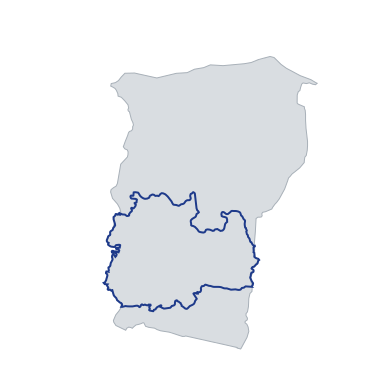 Northern highlighted on a map of Ghana, rotated 193°
{"feature_id": "GHA-2155", "entity_name": "Northern", "entity_type": "Region", "adm_level": 1, "iso_a3": "GHA", "parent_name": "Ghana", "parent_adm1": "", "projection": "albers", "projection_center": [-0.881, 9.332], "detail": "fine", "context": "in_parent", "style": "outline", "palette": "blue", "viewbox_px": 384, "rotation_deg": 193, "n_neighbors": 0, "source": "natural_earth", "source_scale": "10m", "svg_char_len": 8564}
<svg xmlns="http://www.w3.org/2000/svg" viewBox="0 0 384 384"><g transform="rotate(193 192 192)"><path d="M236.1,44.8L239.0,47.6L239.7,49.2L238.6,55.2L236.5,59.5L235.1,63.5L235.3,65.5L236.6,67.4L241.1,70.6L243.4,72.6L246.1,75.6L249.2,78.6L254.6,82.5L256.8,83.2L256.7,84.3L256.0,85.8L255.6,100.4L255.2,104.1L254.8,106.0L254.3,111.5L253.7,112.3L252.7,112.2L251.8,112.4L251.6,113.5L252.0,114.6L255.2,115.4L254.5,116.2L252.1,117.0L251.0,118.6L251.5,120.5L250.2,122.0L250.5,123.0L251.4,123.7L252.8,123.5L256.5,120.9L258.1,120.6L260.0,121.2L263.7,125.0L263.8,126.9L262.4,133.3L261.0,138.2L260.7,144.8L262.3,148.5L262.1,150.6L260.4,152.3L256.7,154.9L257.0,156.6L258.7,159.9L261.9,163.5L268.0,167.9L271.3,173.7L271.4,176.1L269.5,178.5L267.3,180.6L266.6,183.5L267.7,203.1L262.8,211.6L262.8,214.0L263.3,216.8L264.6,218.5L267.1,218.9L269.1,220.6L268.4,226.5L267.4,232.6L267.2,235.5L266.6,236.9L264.7,238.1L264.0,240.0L264.5,242.3L264.1,244.1L265.2,246.3L267.4,249.1L271.0,256.1L272.4,256.7L273.0,258.1L272.6,259.6L274.0,262.6L278.0,265.7L282.2,268.4L285.6,268.8L286.4,271.2L288.7,274.2L290.3,275.6L292.8,276.4L295.0,276.9L295.1,279.5L291.3,281.3L288.7,284.0L286.8,288.1L284.1,292.6L274.7,295.0L271.2,295.0L251.9,295.2L234.0,304.1L223.6,307.2L217.2,312.2L208.6,315.8L202.7,320.0L190.2,322.1L169.8,328.8L163.4,331.5L156.9,336.1L146.4,341.6L142.3,341.5L134.0,336.4L127.9,333.8L112.7,329.7L101.4,328.2L96.0,326.4L94.5,326.1L95.8,324.3L98.9,324.2L102.2,324.8L104.8,323.4L108.4,323.2L109.4,321.8L109.7,318.1L109.7,315.1L111.0,313.7L111.3,310.2L109.6,302.4L108.3,301.5L101.7,300.3L101.3,298.8L100.1,297.1L98.8,293.1L97.4,287.1L95.2,279.6L90.8,267.3L89.8,263.0L89.1,258.6L88.9,253.3L89.9,251.3L89.7,248.6L89.3,245.9L92.5,239.7L98.6,232.0L99.9,229.3L101.1,227.4L101.3,224.6L102.4,215.7L105.4,205.0L107.2,200.9L108.5,198.7L110.0,195.1L110.4,193.4L116.0,189.3L118.6,188.1L119.1,186.5L118.3,184.6L118.7,183.4L120.0,182.8L122.1,182.3L123.6,180.6L121.3,167.3L119.4,154.0L119.3,152.9L118.2,151.0L117.1,145.6L115.2,142.4L112.6,141.4L112.6,138.4L115.3,133.3L116.0,130.3L114.8,129.4L114.6,127.1L115.5,123.3L115.1,121.0L114.6,118.6L111.9,112.7L111.2,108.6L112.7,106.2L112.7,101.0L111.2,92.9L111.0,87.7L112.0,85.6L111.5,83.6L109.6,81.6L109.4,79.8L111.1,77.9L110.9,76.5L108.8,75.5L106.9,73.0L105.3,69.0L105.7,62.7L108.9,51.0L109.3,50.0L112.9,50.1L112.9,50.6L124.0,50.6L136.7,50.5L152.0,50.4L165.8,50.3L166.4,49.8L168.7,49.1L182.6,50.3L191.4,49.7L195.1,50.1L197.8,50.9L203.8,50.4L207.0,50.7L209.4,53.6L210.4,53.6L211.8,52.4L214.2,51.0L216.6,49.9L218.4,47.6L219.5,45.8L221.1,46.2L223.3,46.1L224.9,44.6L225.5,42.4L236.1,44.8Z" fill="#d9dde1" stroke="#a8b0b8" stroke-width="1"/><path d="M235.1,64.2L234.8,65.4L234.7,66.3L235.2,67.3L236.1,67.9L237.7,68.2L238.8,68.9L240.6,69.7L241.9,71.6L244.3,73.1L245.1,73.9L247.6,78.5L247.9,78.4L248.4,77.7L250.0,78.3L251.4,77.8L251.9,77.9L252.3,78.3L252.3,78.8L252.1,79.7L252.6,80.6L253.4,81.3L253.9,82.0L253.5,83.0L256.2,82.6L257.6,83.6L256.4,84.5L256.1,86.0L255.8,86.6L255.8,88.2L255.6,91.5L256.1,92.7L257.5,93.5L257.7,94.4L257.5,95.3L255.4,95.5L255.7,96.0L255.4,97.0L256.4,99.3L256.4,99.7L255.5,100.7L255.1,101.4L255.0,102.0L255.2,104.4L254.2,108.1L254.3,108.9L255.2,110.3L255.4,111.0L255.5,111.8L255.4,112.6L254.9,113.2L254.1,113.3L253.3,112.9L252.1,111.6L251.4,112.9L251.4,114.3L252.2,115.3L253.6,115.4L255.5,114.9L256.4,115.1L256.8,116.1L256.5,116.7L255.7,116.9L254.9,116.8L254.3,116.4L253.4,116.9L252.3,117.0L250.0,116.7L249.7,118.4L249.8,118.8L251.1,119.6L252.3,119.4L252.9,119.4L253.3,119.9L253.1,120.4L252.6,120.8L251.8,121.1L249.9,121.5L249.9,122.2L250.2,122.9L249.9,123.4L250.1,124.1L250.9,124.2L251.8,124.0L253.9,123.2L254.2,122.9L254.4,122.5L254.6,121.6L254.8,121.2L255.5,120.9L258.4,120.6L259.3,120.7L261.7,121.6L262.0,122.1L262.1,122.5L261.7,123.6L263.1,124.1L263.9,124.9L264.2,125.9L263.8,128.3L263.7,129.7L263.5,130.3L262.2,131.5L262.1,132.4L262.7,134.1L262.7,134.9L262.2,135.8L261.1,136.8L260.8,137.2L260.6,139.4L259.8,140.9L259.4,142.3L260.0,143.8L262.2,147.6L262.8,149.9L261.8,151.3L261.6,151.9L261.4,153.3L260.9,153.5L259.4,153.2L258.9,153.4L259.1,153.6L258.8,154.4L258.3,154.9L257.8,153.8L257.3,153.6L256.7,153.7L256.4,154.2L256.5,154.8L254.7,154.5L252.3,154.9L250.2,154.0L249.5,154.1L248.4,154.6L248.1,154.9L248.0,155.5L248.3,155.9L248.3,156.4L247.5,158.3L246.5,159.5L246.3,160.2L246.8,161.3L247.4,162.0L247.6,162.4L247.5,162.7L247.4,162.9L247.0,163.1L245.8,162.7L245.2,163.0L244.4,164.5L243.9,165.9L243.9,167.0L244.2,167.3L245.1,167.7L245.4,168.3L245.0,168.7L244.2,169.0L243.8,169.3L243.7,169.7L244.0,171.0L243.9,171.8L244.0,172.2L244.4,172.4L245.4,172.6L249.5,172.0L250.1,172.3L250.9,173.5L250.9,174.3L250.7,174.7L250.4,174.9L248.7,175.0L248.3,175.4L248.7,178.0L248.7,178.5L247.5,179.0L245.6,179.2L244.3,179.2L243.8,178.8L241.7,176.6L240.0,175.6L238.3,175.0L237.2,174.8L236.2,174.8L234.2,175.5L232.6,176.7L232.3,177.4L232.4,178.1L231.8,179.2L231.6,179.4L231.0,179.7L230.5,180.3L230.1,180.6L229.3,180.7L228.5,180.7L227.2,180.1L226.7,180.0L225.0,180.6L223.8,180.5L223.2,181.0L222.3,183.0L221.3,184.0L220.0,184.2L218.1,183.9L217.2,183.6L214.6,182.1L209.8,178.2L208.7,176.8L207.9,176.0L207.4,175.6L206.8,175.5L204.3,175.8L202.8,175.6L201.8,175.6L201.3,175.9L199.8,177.6L198.3,178.2L197.5,178.8L197.1,179.3L196.1,181.7L195.1,182.7L194.5,183.0L192.6,183.5L192.3,183.8L191.9,184.5L191.8,185.3L191.9,185.8L192.9,187.7L192.9,189.4L192.7,189.9L191.8,190.5L190.9,192.0L190.5,192.1L189.1,191.4L188.8,190.9L183.9,177.1L182.8,175.4L181.5,174.6L180.8,173.8L181.1,173.2L182.6,171.5L182.7,169.4L183.1,168.4L185.7,165.9L186.7,164.2L186.7,163.5L186.5,162.7L185.8,161.2L185.3,159.4L184.7,159.1L183.0,159.1L181.2,158.6L178.5,156.9L176.9,155.4L176.3,155.0L175.2,154.8L172.8,154.9L171.6,155.1L170.7,155.7L170.3,156.3L169.9,158.2L169.6,158.5L168.3,159.1L166.1,159.3L163.0,158.8L161.9,159.3L161.4,160.4L160.9,160.8L159.0,161.6L155.5,160.5L153.6,161.3L153.0,162.1L152.6,163.0L152.4,163.9L152.5,167.8L152.4,168.6L151.9,169.6L151.0,170.8L151.4,172.0L151.5,172.9L152.2,174.3L152.7,174.7L154.4,175.0L156.2,174.9L157.6,175.2L158.4,177.0L158.4,177.8L158.3,178.7L157.8,179.3L156.9,179.5L155.9,179.3L154.1,178.4L153.0,178.3L152.0,178.7L150.3,180.8L149.5,182.1L149.0,182.5L144.6,183.4L142.6,183.4L140.9,183.0L140.1,182.3L138.9,180.2L137.5,179.5L136.2,177.9L135.6,177.2L134.2,176.4L133.8,175.8L133.5,172.8L133.0,171.2L132.2,169.3L131.3,169.0L130.9,168.0L130.3,167.3L129.9,166.6L130.2,165.7L129.0,163.2L127.9,162.5L127.3,160.9L125.6,159.6L124.2,157.0L123.6,156.4L122.9,156.4L121.1,154.3L119.6,153.6L119.5,153.4L118.8,153.8L118.5,153.4L118.7,152.8L119.5,152.2L119.6,151.6L118.6,148.3L118.5,147.1L117.6,146.7L116.9,144.5L116.9,143.6L116.6,142.8L115.4,142.2L114.3,141.9L112.4,141.8L111.3,140.9L111.8,140.3L112.0,139.5L112.1,137.2L112.3,136.8L113.2,135.8L114.6,133.3L116.1,132.5L116.6,131.7L116.7,130.8L116.0,130.4L115.2,130.2L114.5,129.7L114.2,129.0L114.2,128.1L114.7,127.5L115.9,126.8L116.1,126.0L116.1,124.8L115.9,123.6L116.1,122.1L116.0,121.5L113.7,118.5L112.1,117.0L111.9,116.5L111.9,115.0L112.1,114.3L112.5,113.6L113.1,113.1L112.9,113.0L118.5,112.1L119.2,111.4L119.9,110.5L121.8,109.7L122.7,107.9L123.5,107.4L124.9,107.0L127.8,106.9L132.0,105.6L136.4,105.9L138.2,105.5L139.3,105.4L142.2,105.8L143.9,105.7L149.9,104.4L152.9,104.6L154.4,104.4L157.0,104.7L158.1,104.7L158.4,104.5L159.3,103.2L159.8,102.9L161.1,102.5L161.4,102.0L161.7,100.3L161.6,99.8L161.2,99.0L161.1,97.7L161.4,96.7L161.8,96.3L163.1,95.7L164.1,95.8L164.5,95.5L164.6,95.1L164.5,94.9L163.5,94.6L163.4,94.3L164.7,94.0L165.4,94.2L166.2,94.3L167.6,93.6L167.7,93.3L167.5,93.0L163.7,89.4L163.4,89.1L163.4,88.8L164.4,86.8L164.6,84.7L165.0,83.4L166.1,82.2L167.9,80.8L168.6,80.2L169.8,78.1L170.4,77.3L170.8,77.0L171.4,76.9L172.3,76.9L175.0,78.2L176.5,78.7L176.8,79.7L177.7,80.5L178.2,81.3L178.9,81.4L180.4,82.2L181.7,82.3L181.9,82.4L182.1,82.9L182.6,83.0L183.5,82.4L183.8,81.9L183.8,80.7L183.4,78.8L183.6,78.1L184.2,77.4L186.1,76.3L186.8,74.8L187.2,74.3L192.4,72.3L193.3,72.1L195.3,72.5L196.0,72.8L197.3,73.0L197.3,73.3L196.4,74.3L196.4,74.5L196.6,74.6L196.9,74.6L197.9,73.9L200.1,71.9L200.5,71.0L200.9,70.5L201.1,69.5L202.6,68.6L202.9,67.2L203.2,67.1L206.4,67.0L207.1,67.3L207.2,68.0L206.9,68.5L206.9,69.0L207.6,69.8L207.8,70.6L207.5,71.3L206.9,72.0L206.8,72.4L207.1,72.8L207.7,72.4L208.3,72.7L208.6,72.7L209.0,72.4L209.5,71.7L210.0,71.5L211.5,71.5L212.2,71.7L212.8,71.6L213.4,71.1L213.9,70.9L214.5,70.9L215.2,71.2L215.7,71.1L216.2,70.5L216.5,68.9L217.1,68.1L217.6,68.1L218.3,68.7L219.8,68.9L220.9,68.6L224.3,67.1L229.0,66.1L231.2,65.9L234.1,64.4L235.1,64.2Z" fill="none" stroke="#1e3a8a" stroke-width="2"/></g></svg>